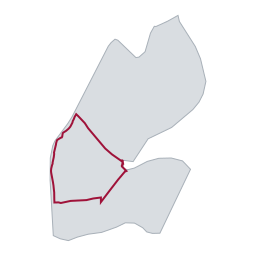 YobokiI, Dikhil, Djibouti (highlighted)
{"feature_id": "41766387B74076707162819", "entity_name": "YobokiI", "entity_type": "district", "adm_level": 2, "iso_a3": "DJI", "parent_name": "Djibouti", "parent_adm1": "Dikhil", "projection": "equal_earth", "projection_center": [42.146, 11.584], "detail": "fine", "context": "in_parent", "style": "outline", "palette": "rose", "viewbox_px": 256, "rotation_deg": 0, "n_neighbors": 0, "source": "geoboundaries", "source_scale": "gbopen_adm2", "svg_char_len": 1740}
<svg xmlns="http://www.w3.org/2000/svg" viewBox="0 0 256 256"><path d="M190.5,169.3L182.3,186.4L171.8,208.3L159.9,233.2L152.5,233.4L146.7,231.9L142.7,227.7L134.5,223.1L125.3,222.8L116.5,227.1L101.6,232.4L88.2,234.2L77.4,237.1L68.4,240.6L60.3,238.8L53.3,235.6L51.8,209.1L50.1,180.4L50.3,158.0L52.8,145.6L55.0,140.8L67.7,123.7L72.1,116.7L86.6,88.5L99.0,64.3L108.3,46.2L111.1,42.6L115.0,39.2L117.8,40.2L135.9,57.6L139.0,57.1L145.1,51.7L150.5,33.1L154.3,26.3L156.0,26.5L167.6,21.2L178.0,15.4L179.4,21.5L195.3,46.5L200.5,58.8L205.9,81.4L203.1,94.0L199.0,102.1L192.9,109.5L171.7,127.4L148.1,138.8L133.1,161.6L121.9,160.1L123.6,168.8L127.8,169.7L134.3,168.1L147.3,161.4L158.8,158.3L171.2,158.0L182.5,160.9L190.5,169.3Z" fill="#d9dde1" stroke="#a8b0b8" stroke-width="1"/><path d="M76.2,114.2L74.7,116.8L74.1,118.3L73.7,119.4L72.8,121.0L72.4,122.7L70.3,126.7L68.7,128.6L66.6,130.4L66.3,130.7L63.1,132.7L62.7,133.4L62.2,136.7L61.7,137.5L60.8,137.7L57.9,139.5L57.0,140.2L56.2,142.9L55.9,144.9L55.8,145.2L54.0,152.7L54.2,154.0L54.1,154.4L53.8,157.0L52.6,162.6L52.6,163.7L52.0,165.3L51.2,168.7L51.1,169.9L51.0,170.9L51.2,172.8L53.0,182.4L53.5,185.7L53.6,186.9L54.2,192.5L54.3,199.8L54.4,201.4L54.4,201.7L54.4,202.5L58.6,202.4L60.8,203.0L70.7,200.9L86.4,200.1L93.2,198.5L100.9,197.5L100.9,202.1L109.1,191.3L118.2,179.5L124.8,171.7L126.4,171.0L126.1,170.7L125.6,170.6L125.3,169.9L124.9,169.7L124.7,169.2L121.9,166.5L121.8,165.9L121.9,165.3L122.6,164.8L122.3,164.0L122.5,163.8L123.1,163.7L123.0,163.3L122.8,162.6L122.9,162.1L122.5,161.7L122.7,160.8L122.4,160.6L122.1,160.9L121.8,160.5L121.6,160.6L121.5,161.1L121.3,160.9L116.3,157.4L112.0,154.4L105.2,148.5L88.1,128.2L84.8,123.1L78.1,116.0L76.2,114.2Z" fill="none" stroke="#9f1239" stroke-width="2"/></svg>